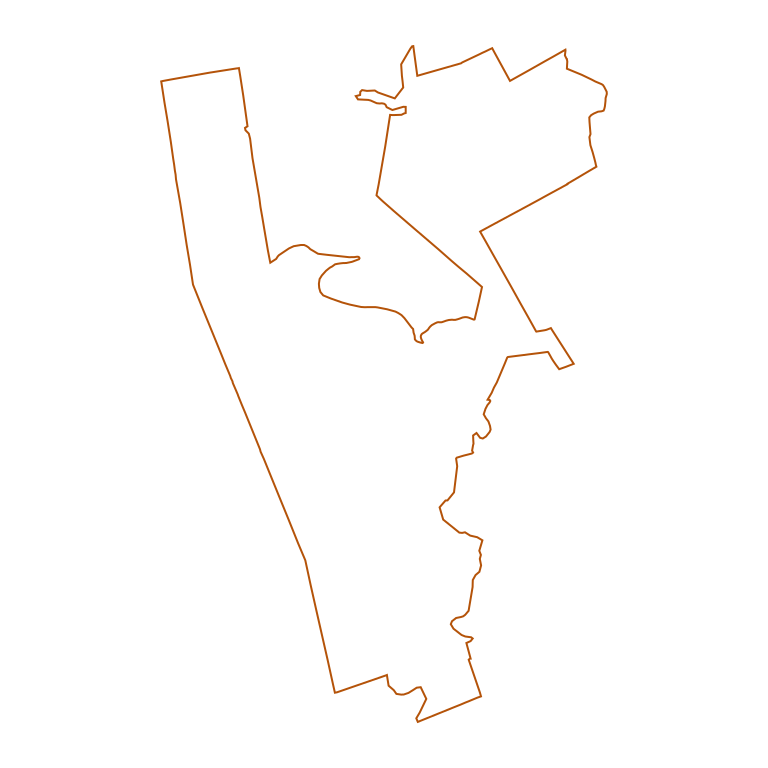 the district of Dumbraveni, Constanta, Romania
{"feature_id": "2599482B4810903982325", "entity_name": "Dumbraveni", "entity_type": "district", "adm_level": 2, "iso_a3": "ROU", "parent_name": "Romania", "parent_adm1": "Constanta", "projection": "albers", "projection_center": [27.999, 43.926], "detail": "fine", "context": "isolated", "style": "outline", "palette": "amber", "viewbox_px": 768, "rotation_deg": 0, "n_neighbors": 0, "source": "geoboundaries", "source_scale": "gbopen_adm2", "svg_char_len": 5333}
<svg xmlns="http://www.w3.org/2000/svg" viewBox="0 0 768 768"><path d="M334.9,692.7L337.0,692.3L386.2,675.3L386.9,675.0L388.6,685.7L393.8,690.2L396.4,693.9L401.2,694.6L403.8,694.5L408.5,692.9L413.0,690.1L416.7,687.7L420.7,687.2L426.3,698.9L419.7,712.6L416.3,718.3L417.8,721.9L453.6,707.4L460.4,704.7L465.8,702.4L468.4,701.4L471.0,700.3L477.5,697.6L481.0,696.4L479.9,692.5L468.7,659.7L469.9,658.6L470.6,658.6L466.4,643.0L470.6,641.1L472.7,638.5L471.2,637.3L465.3,636.5L461.6,635.0L459.9,633.7L453.5,628.7L450.8,624.2L452.0,621.2L456.1,618.0L461.0,617.0L463.2,616.3L465.2,614.8L468.6,610.8L472.6,587.0L472.7,582.9L472.8,580.0L475.6,575.0L479.4,571.8L481.1,565.4L479.8,558.9L480.9,554.9L479.3,550.8L482.4,540.3L477.2,537.2L470.2,535.6L465.0,532.3L462.1,532.9L459.3,532.6L443.2,519.6L439.6,507.3L445.5,500.5L447.5,500.4L454.0,492.4L457.2,466.2L456.1,458.6L456.7,457.7L458.0,457.3L463.7,455.6L468.9,454.3L471.9,453.5L473.1,452.6L472.1,450.6L472.4,449.0L473.1,445.0L473.5,443.8L473.3,440.6L473.1,435.5L476.5,433.0L480.1,437.8L482.8,438.5L486.0,436.5L489.6,432.0L490.6,429.6L490.0,425.9L488.4,421.4L486.0,418.3L483.7,414.3L485.5,408.8L487.5,405.0L489.6,402.5L490.3,401.0L489.7,400.0L487.6,399.7L491.7,392.8L493.9,387.7L496.8,382.5L504.9,363.3L507.2,357.6L507.6,357.2L507.9,357.0L523.8,355.0L524.1,355.0L528.4,354.4L539.8,353.0L547.8,351.9L548.2,352.2L549.9,355.2L551.6,358.3L551.9,358.8L553.3,361.0L555.3,363.9L556.0,364.9L559.2,369.2L566.0,366.8L573.7,363.8L560.3,342.9L552.3,330.4L550.9,328.1L546.5,329.8L544.9,330.2L538.8,331.2L536.3,331.6L536.1,331.4L528.5,317.7L520.0,302.6L519.9,302.4L511.0,286.4L502.1,270.6L502.0,270.4L492.4,253.4L486.0,242.0L485.9,241.8L480.1,231.6L480.8,231.2L492.2,225.0L512.4,214.1L525.4,207.1L538.7,199.9L540.9,198.7L543.2,197.4L551.6,192.8L567.2,184.3L567.1,184.2L567.2,183.9L579.3,176.8L583.8,174.1L589.9,170.5L596.4,166.7L595.9,165.0L595.4,162.6L594.3,158.3L592.6,152.1L590.4,145.2L589.4,137.1L590.5,134.1L590.4,132.8L589.9,126.8L589.5,121.8L589.3,117.4L591.1,115.2L593.7,113.6L598.0,111.7L601.6,111.3L603.6,110.6L604.3,108.9L604.9,106.4L605.5,101.0L605.6,98.1L606.1,96.4L606.8,94.0L606.7,91.8L605.8,90.0L604.2,86.9L603.6,86.0L603.1,85.2L601.7,84.2L595.3,81.5L591.7,79.6L581.7,74.8L566.9,68.7L567.1,64.8L567.3,61.6L566.9,59.1L566.7,59.1L564.9,55.4L565.5,50.5L565.4,49.7L552.9,56.8L545.0,61.2L529.3,70.1L510.0,80.9L494.0,51.6L492.3,48.4L492.2,48.2L489.6,49.4L485.3,51.5L482.4,52.8L479.6,54.2L462.3,62.4L462.1,62.5L461.1,63.3L460.0,63.6L439.0,69.6L417.3,75.8L414.4,54.4L413.3,46.1L412.7,46.2L412.1,46.3L410.4,48.6L405.6,56.8L401.2,64.3L401.2,64.9L401.9,75.7L402.6,81.6L403.2,87.5L394.8,98.4L378.0,92.5L374.8,90.5L367.0,90.9L364.5,90.5L362.1,90.1L360.3,91.8L360.1,95.0L355.8,96.1L358.0,99.4L360.2,99.5L368.2,99.9L370.6,100.5L376.7,103.2L379.6,103.5L381.8,103.3L384.0,103.7L385.5,104.7L386.7,107.2L392.4,110.0L403.3,106.8L405.7,106.9L405.7,113.0L404.0,113.5L401.5,114.8L392.8,115.1L390.1,114.9L385.2,146.6L382.3,163.3L378.6,184.7L376.5,195.3L377.0,195.9L377.8,196.6L380.4,199.1L383.0,201.5L393.8,211.0L415.3,229.5L438.2,249.1L451.7,261.0L458.6,266.9L466.9,273.8L482.0,287.0L478.8,301.7L474.6,319.4L474.2,319.6L473.7,319.6L471.4,318.7L468.6,317.6L466.9,317.2L465.1,317.1L462.6,317.5L459.4,318.7L457.5,319.3L455.2,319.9L453.7,319.9L452.0,319.7L448.8,320.0L446.1,320.7L443.6,321.6L441.8,322.2L441.0,322.3L438.1,322.2L437.1,322.4L435.1,323.3L432.2,324.9L431.7,325.2L430.5,326.3L429.9,326.9L428.9,328.2L427.9,329.7L426.3,331.0L424.8,332.1L422.6,333.4L421.7,334.1L421.3,334.9L421.0,335.3L420.8,336.3L420.8,337.1L421.2,338.7L422.0,340.5L423.1,342.4L422.9,342.7L422.6,343.0L421.4,342.8L419.5,342.3L417.4,341.6L416.4,341.0L415.6,340.2L414.9,339.4L414.7,336.6L414.6,335.6L413.6,332.7L413.1,329.0L412.9,328.8L411.5,327.4L408.0,322.8L404.4,318.1L401.5,315.1L398.4,313.1L395.5,311.6L387.2,309.3L382.1,308.3L377.5,307.4L375.1,307.1L371.1,307.1L364.4,307.2L361.2,307.0L358.3,306.4L349.9,304.6L342.2,302.5L330.8,298.5L323.2,295.4L320.4,292.0L319.2,287.9L318.9,283.8L319.6,279.0L320.7,277.3L321.8,275.5L326.0,270.8L328.7,268.6L330.0,267.6L332.1,266.5L335.1,264.3L337.6,263.8L340.1,263.4L342.8,263.1L346.3,263.0L351.7,261.9L352.9,261.5L354.2,261.0L359.0,259.2L359.5,258.3L359.3,257.6L358.6,256.9L357.2,256.7L354.4,257.1L349.1,257.2L326.8,254.8L319.1,253.9L317.9,253.7L313.6,251.1L310.5,249.3L310.1,249.0L308.5,247.4L306.4,246.0L304.1,245.0L300.9,245.0L298.5,245.4L293.7,246.2L289.0,248.4L282.6,252.7L278.9,255.2L277.7,256.5L276.2,258.9L270.3,262.7L270.0,261.3L267.9,250.5L265.8,238.1L264.0,227.5L262.3,217.3L260.5,207.1L259.3,197.8L252.5,158.2L250.1,138.7L248.8,133.6L245.5,130.3L245.0,127.9L247.5,126.3L247.1,123.3L243.2,95.3L241.7,85.6L240.2,75.9L239.0,68.6L238.9,68.1L238.6,68.2L236.1,68.5L211.3,72.4L211.1,72.4L202.0,74.0L170.9,79.5L162.8,81.0L161.2,81.4L161.4,82.5L164.5,102.7L167.6,121.2L170.8,141.7L173.2,158.7L174.1,164.4L174.9,170.6L175.6,174.6L176.0,179.3L180.2,203.0L183.3,222.8L186.7,245.1L190.0,264.7L193.0,284.6L202.5,308.3L212.0,331.5L221.5,354.8L225.2,364.0L230.2,375.9L230.8,377.9L232.5,381.4L232.7,382.6L233.1,383.7L234.8,387.6L237.8,394.6L238.1,395.6L241.9,405.0L245.1,412.6L250.5,425.9L260.0,449.3L260.6,451.7L263.9,459.0L269.5,472.8L279.1,496.4L288.8,520.1L298.2,543.5L305.3,560.3L310.7,585.3L316.3,610.2L321.9,634.8L327.6,659.8L333.2,685.2L334.9,692.7Z" fill="none" stroke="#b45309" stroke-width="2"/></svg>